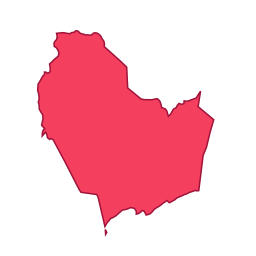 the district of Massapê, Ceará, Brazil, rotated 173°
{"feature_id": "56859067B42354629826909", "entity_name": "Massapê", "entity_type": "district", "adm_level": 2, "iso_a3": "BRA", "parent_name": "Brazil", "parent_adm1": "Ceará", "projection": "equal_earth", "projection_center": [-40.377, -3.486], "detail": "fine", "context": "isolated", "style": "filled", "palette": "rose", "viewbox_px": 256, "rotation_deg": 173, "n_neighbors": 0, "source": "geoboundaries", "source_scale": "gbopen_adm2", "svg_char_len": 2078}
<svg xmlns="http://www.w3.org/2000/svg" viewBox="0 0 256 256"><g transform="rotate(173 128 128)"><path d="M62.5,148.1L64.7,147.5L67.0,147.5L69.0,148.1L69.6,145.3L72.2,145.0L74.3,146.2L76.2,144.6L77.8,142.3L80.6,141.2L82.2,139.0L84.0,136.6L86.5,134.7L87.4,140.3L88.6,142.4L92.1,144.2L92.3,147.1L93.1,150.7L95.1,153.4L97.5,153.5L101.1,153.1L103.3,153.5L105.4,153.8L107.5,154.0L109.7,154.6L111.3,155.1L113.1,156.9L123.4,167.7L122.8,176.6L122.2,184.1L121.9,188.6L127.8,195.8L141.6,211.6L141.1,214.4L141.4,217.2L143.0,219.9L143.7,222.4L145.4,224.6L147.2,226.0L149.0,226.5L150.8,226.4L152.3,225.2L154.2,224.6L156.5,225.4L158.9,225.5L160.4,226.5L162.3,227.0L164.0,228.0L165.8,230.3L168.1,230.9L169.6,229.6L172.2,229.6L174.5,228.7L177.3,229.5L180.4,230.5L185.7,230.7L187.4,230.7L187.1,227.4L188.1,224.5L189.9,223.0L191.1,221.3L191.3,218.0L189.4,216.5L188.3,214.3L187.4,211.2L188.3,208.0L191.3,206.0L193.5,204.6L195.4,202.9L198.1,201.1L197.9,196.9L198.5,193.4L200.8,192.0L202.5,193.4L204.1,193.7L204.3,191.4L206.5,189.7L208.8,186.4L210.3,184.4L211.8,182.7L212.5,179.3L213.1,176.5L212.6,173.5L212.5,169.7L212.8,167.0L213.9,164.6L213.4,161.9L213.8,157.8L212.7,154.8L211.1,151.6L211.2,147.5L212.0,145.5L212.7,143.4L213.4,141.1L210.7,137.5L212.5,136.2L213.5,133.8L214.1,130.5L212.3,132.1L210.4,133.9L209.4,131.7L209.1,128.1L207.2,126.2L205.7,126.9L203.7,125.4L195.2,103.4L190.7,91.3L184.1,73.2L182.5,69.9L167.1,65.8L166.1,62.8L162.9,33.0L160.3,36.5L158.1,38.4L156.3,40.3L154.0,40.9L150.4,42.5L147.9,44.3L145.5,45.9L143.7,47.2L141.5,47.3L137.9,47.8L135.3,48.7L133.3,48.1L131.4,47.4L129.9,44.4L130.3,41.5L128.0,41.8L125.5,43.1L123.7,44.4L121.9,43.1L120.6,39.4L117.2,39.9L114.4,41.6L112.1,43.9L109.9,45.1L107.2,46.3L105.1,47.3L102.6,49.0L99.8,50.3L98.3,51.3L96.1,48.8L92.8,50.0L90.2,51.1L87.6,52.8L83.2,54.0L80.4,55.0L78.7,55.2L76.5,56.0L74.2,56.7L71.6,57.2L68.8,57.8L67.2,57.2L65.4,57.2L56.8,91.6L52.6,99.0L46.9,114.1L41.9,125.8L53.7,138.4L55.8,140.7L51.5,155.7L56.8,149.4L62.5,148.1ZM163.2,25.1L161.8,26.9L162.9,30.1L163.2,25.1Z" fill="#f43f5e" stroke="#9f1239" stroke-width="1.5"/></g></svg>